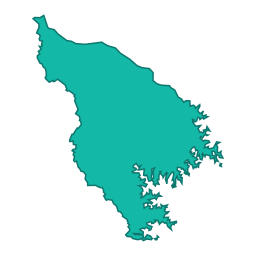 outline of Guia Lopes da Laguna, Mato Grosso do Sul, Brazil
{"feature_id": "56859067B83170351073830", "entity_name": "Guia Lopes da Laguna", "entity_type": "district", "adm_level": 2, "iso_a3": "BRA", "parent_name": "Brazil", "parent_adm1": "Mato Grosso do Sul", "projection": "albers", "projection_center": [-55.943, -21.55], "detail": "fine", "context": "isolated", "style": "filled", "palette": "teal", "viewbox_px": 256, "rotation_deg": 0, "n_neighbors": 0, "source": "geoboundaries", "source_scale": "gbopen_adm2", "svg_char_len": 5975}
<svg xmlns="http://www.w3.org/2000/svg" viewBox="0 0 256 256"><path d="M33.1,18.7L38.9,24.0L39.0,27.4L36.6,32.9L39.5,34.6L40.2,36.3L39.2,38.9L39.7,40.5L42.4,41.1L41.5,44.5L42.2,45.8L41.0,46.7L39.4,46.3L41.1,49.2L38.3,51.4L39.7,54.0L37.5,55.6L37.2,57.6L40.1,63.4L41.9,63.7L43.5,67.4L45.1,67.9L46.2,72.0L46.2,76.2L45.2,77.7L45.9,79.0L49.3,82.2L52.9,80.4L53.3,81.5L54.4,81.5L57.6,79.2L65.1,84.9L66.8,88.9L66.0,90.0L67.4,91.1L69.1,90.7L74.9,95.0L74.0,96.0L75.5,98.3L74.6,100.6L78.1,109.4L75.6,113.7L79.0,115.9L80.1,118.7L79.4,120.4L80.5,121.1L81.4,124.3L78.5,128.1L77.2,128.0L73.1,134.4L72.0,134.3L69.5,140.5L69.9,141.6L73.1,141.1L73.4,144.5L76.1,144.8L75.8,148.8L72.8,149.6L72.1,150.7L74.9,152.3L73.5,153.2L73.3,155.1L74.6,156.6L73.6,160.4L74.7,161.8L76.5,161.1L78.4,167.7L79.5,168.0L80.8,171.1L83.4,171.8L85.9,174.8L85.1,179.0L87.6,182.5L87.7,185.5L95.4,185.3L100.0,187.6L102.3,187.7L103.7,190.6L103.4,191.9L105.5,194.5L103.7,195.8L105.5,199.3L106.4,200.3L107.6,199.5L112.0,200.1L113.6,203.7L116.5,206.0L118.3,211.6L120.3,211.7L122.6,214.6L122.5,216.3L127.4,219.7L127.4,221.3L128.4,222.3L127.8,223.4L129.6,225.0L128.0,226.8L129.9,229.3L129.4,230.9L125.7,234.8L126.9,236.4L131.2,236.8L132.7,238.5L137.2,239.6L139.8,239.4L140.9,238.4L143.4,240.6L146.8,239.0L151.3,239.7L152.3,238.5L150.4,236.0L147.1,234.8L144.9,238.0L143.1,237.9L143.5,235.8L142.3,234.4L143.3,233.7L143.2,231.9L139.8,229.6L143.0,227.9L144.2,228.9L146.3,227.3L149.2,229.1L149.1,230.4L150.8,229.7L152.0,226.7L146.9,224.6L146.6,223.2L150.3,221.7L151.8,222.1L151.6,223.5L153.4,223.3L155.7,221.6L154.6,220.2L158.0,220.4L158.5,222.8L159.7,222.8L159.6,224.1L162.2,221.5L164.8,223.2L166.6,222.7L167.6,226.3L171.3,229.6L170.5,227.2L171.5,225.3L172.4,224.0L174.1,224.6L174.5,223.4L176.5,222.7L176.3,221.3L169.7,222.7L169.9,219.6L167.8,220.1L168.5,217.3L163.7,217.5L165.0,214.2L167.3,213.5L168.6,211.7L165.9,212.1L164.3,210.1L165.3,209.2L165.0,207.4L167.0,207.4L166.5,206.2L167.3,205.0L163.1,206.1L161.1,204.6L161.4,208.0L160.1,208.4L159.1,207.0L156.4,208.4L156.7,204.5L154.3,206.3L152.9,205.9L153.4,208.1L152.2,209.1L149.6,208.5L150.2,206.3L148.2,205.7L144.2,208.1L143.7,203.7L147.3,202.6L147.7,204.2L149.1,202.9L151.5,203.9L152.5,202.8L148.4,199.8L154.9,198.1L156.3,199.5L157.6,196.5L161.1,196.2L159.0,194.9L158.9,193.0L155.6,195.9L154.7,194.5L153.9,195.6L152.5,195.4L151.3,191.9L151.7,190.6L149.4,189.3L149.5,193.9L148.3,194.2L146.8,192.6L146.2,194.4L142.7,197.3L141.0,197.6L142.2,195.2L141.9,193.9L140.5,193.8L142.9,191.1L142.7,189.3L140.9,186.7L138.8,185.7L142.2,185.3L145.6,186.9L147.1,184.4L143.4,182.8L145.5,180.4L145.1,178.8L140.6,180.2L140.9,178.4L138.6,177.0L140.1,175.5L138.8,172.9L132.9,172.8L132.1,171.8L136.5,169.4L135.8,168.2L133.4,167.6L133.3,165.8L136.1,163.4L138.5,166.8L140.6,165.6L138.4,170.0L144.3,169.1L143.6,175.2L145.1,175.8L146.8,175.1L148.8,181.1L150.7,180.8L152.2,179.0L152.5,180.9L153.8,181.7L153.3,184.0L155.4,185.9L156.1,183.6L159.0,184.3L157.1,180.0L158.9,179.7L158.9,175.2L160.1,173.2L162.9,176.2L163.1,177.6L166.4,172.5L167.7,173.3L166.7,174.1L165.4,179.1L166.9,183.8L167.2,179.6L169.6,175.3L171.9,172.3L173.6,172.2L173.5,175.9L172.2,180.2L173.5,179.9L174.1,182.8L171.8,185.6L172.6,187.7L175.9,186.6L175.0,185.5L175.7,184.0L175.6,179.3L177.0,176.1L178.1,179.9L179.7,179.8L181.9,183.5L182.2,177.7L180.4,177.4L181.7,174.6L179.8,174.9L179.0,174.0L180.4,171.7L177.1,170.3L177.4,167.3L181.3,167.8L181.4,169.2L183.3,168.6L183.9,170.2L185.4,170.5L184.2,172.8L186.2,174.4L187.4,173.9L185.9,172.9L187.8,171.4L187.5,168.8L189.2,166.0L187.4,165.4L188.0,161.8L189.3,161.7L189.5,163.5L192.2,165.0L193.3,168.6L194.5,167.2L196.0,167.7L196.7,166.2L198.5,167.2L198.8,164.0L200.4,162.7L199.0,162.3L197.1,164.2L195.1,164.2L194.4,161.2L197.7,159.5L196.9,158.1L192.6,156.3L194.7,154.1L194.6,152.7L191.0,154.0L191.5,151.9L189.8,152.0L191.7,148.5L194.2,146.7L195.2,147.9L195.6,150.7L197.5,150.1L198.0,151.3L196.9,156.3L198.2,156.1L199.1,154.6L200.3,159.3L201.9,159.9L202.9,156.7L202.0,154.7L202.6,153.3L205.0,156.7L205.4,154.7L210.0,155.7L210.3,158.7L213.1,158.5L214.2,157.5L214.9,162.8L216.3,160.7L218.1,161.3L216.2,158.2L216.3,156.1L212.3,155.3L212.1,151.2L214.6,151.4L215.2,154.0L219.1,155.8L219.3,157.5L222.9,158.0L220.7,153.6L221.0,151.4L219.2,152.7L217.3,152.4L217.6,147.1L216.3,144.5L219.7,142.4L216.6,141.9L213.4,147.9L209.4,148.7L208.0,148.3L208.4,146.4L204.4,147.9L205.3,144.4L209.7,142.3L208.8,140.8L204.5,140.2L203.4,141.2L200.0,137.9L200.7,136.5L202.5,137.9L204.4,135.1L206.0,134.7L205.3,133.1L205.8,131.4L207.4,130.3L209.9,130.9L207.0,126.6L206.4,129.4L203.4,130.2L204.0,131.5L202.5,132.8L201.5,132.0L199.9,132.4L198.0,128.5L200.6,125.5L195.7,126.2L192.9,122.5L192.5,119.3L194.0,119.8L193.9,121.8L195.3,121.8L196.6,121.0L197.8,117.4L199.6,117.8L199.9,119.5L203.1,117.4L203.7,119.0L207.8,116.7L205.5,116.3L205.9,115.0L203.6,115.8L201.8,114.6L203.5,111.0L201.2,113.1L199.5,113.1L197.6,110.4L199.9,106.1L199.7,104.7L195.3,108.2L194.7,106.0L193.2,105.2L190.1,106.2L189.9,100.9L186.1,100.6L183.7,102.3L181.5,99.0L178.2,97.1L174.6,89.8L171.0,87.9L169.5,85.7L161.4,85.2L157.0,83.8L153.0,80.6L153.1,72.7L149.4,68.6L142.1,67.7L137.1,65.7L129.7,59.2L120.5,53.3L115.3,47.9L107.8,45.8L101.6,42.2L85.4,44.3L76.0,43.7L71.4,41.3L66.9,40.6L58.0,34.0L54.1,29.6L48.9,28.4L47.7,27.3L43.8,15.4L40.0,17.7L34.7,17.5L33.1,18.7ZM152.2,179.0L151.1,177.2L152.0,172.5L151.7,169.1L154.6,167.9L153.0,171.6L153.6,178.1L152.2,179.0ZM141.2,234.7L134.9,234.5L133.6,233.5L139.9,233.7L141.2,234.7ZM188.0,161.8L185.1,163.4L184.3,162.5L186.8,160.0L188.3,159.9L188.0,161.8ZM175.0,185.5L173.3,186.0L173.8,184.5L175.0,185.5ZM160.1,173.2L159.9,171.5L161.1,171.5L160.1,173.2ZM220.8,164.9L221.6,163.9L220.4,163.5L219.6,165.8L221.3,166.4L220.8,164.9ZM187.4,173.9L189.0,175.5L189.3,173.5L188.0,172.6L187.4,173.9ZM157.4,237.6L156.0,238.5L154.6,238.7L155.6,239.8L157.0,239.6L157.4,237.6ZM157.4,237.6L158.6,237.1L157.3,236.0L157.4,237.6ZM206.0,134.7L206.7,135.6L208.0,135.0L206.0,134.7Z" fill="#14b8a6" stroke="#0f766e" stroke-width="1.5"/></svg>